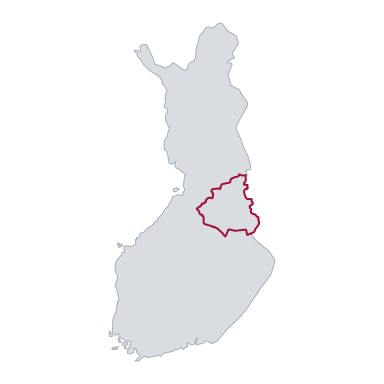 location of Kainuu within Finland
{"feature_id": "FIN-3179", "entity_name": "Kainuu", "entity_type": "Province", "adm_level": 1, "iso_a3": "FIN", "parent_name": "Finland", "parent_adm1": "", "projection": "albers", "projection_center": [28.501, 64.601], "detail": "fine", "context": "in_parent", "style": "outline", "palette": "rose", "viewbox_px": 384, "rotation_deg": 0, "n_neighbors": 0, "source": "natural_earth", "source_scale": "10m", "svg_char_len": 6566}
<svg xmlns="http://www.w3.org/2000/svg" viewBox="0 0 384 384"><path d="M169.1,163.1L168.1,156.9L166.6,151.4L164.6,149.9L164.1,147.7L164.0,143.5L164.6,140.1L167.1,137.1L167.8,132.8L169.3,129.4L168.8,127.1L165.8,120.5L165.5,118.5L165.6,115.0L167.7,112.0L167.4,108.8L164.0,107.3L164.3,105.3L165.5,102.2L165.2,99.4L165.7,93.5L167.6,91.0L165.7,88.7L164.0,84.8L162.4,84.5L161.7,80.3L159.0,76.4L149.0,70.3L143.1,64.0L140.2,59.0L137.3,56.1L137.3,53.6L134.3,51.3L135.1,50.3L137.6,50.6L139.6,51.8L140.5,50.6L140.0,47.0L140.3,46.1L142.9,44.4L146.7,44.8L153.7,59.6L154.6,64.2L162.5,66.5L163.3,67.6L165.5,67.6L170.4,65.8L172.4,62.8L174.1,63.2L185.1,70.8L187.0,69.3L188.3,65.2L189.3,63.4L190.7,62.1L193.3,61.4L195.6,58.0L196.2,48.3L197.3,45.6L199.6,36.1L203.2,31.9L205.9,27.6L208.4,27.1L212.8,28.1L218.3,23.6L221.7,23.0L227.7,31.0L236.2,36.0L238.5,42.6L237.4,45.3L232.8,52.5L232.7,54.5L234.3,57.7L227.6,61.6L228.1,62.7L231.6,63.2L232.1,64.6L228.4,73.9L228.3,75.5L231.0,85.5L239.3,89.7L241.6,94.1L247.6,102.7L247.1,106.7L238.4,121.9L236.4,126.1L236.1,128.8L241.5,140.8L244.4,149.3L247.7,155.4L250.5,165.5L250.7,169.0L245.5,171.0L246.9,172.9L245.7,176.1L245.6,180.7L244.2,183.6L244.5,184.5L247.1,185.1L247.3,187.1L247.1,188.3L244.5,190.6L244.3,193.0L245.8,197.1L247.0,198.5L251.1,199.7L251.7,200.8L251.9,203.7L250.0,206.6L250.1,207.8L252.0,213.0L257.6,217.2L258.3,220.4L258.3,222.5L258.0,224.4L253.9,231.8L250.8,234.2L257.3,241.7L269.1,251.2L274.5,259.4L274.9,261.7L271.6,272.5L270.2,275.5L261.0,287.7L247.7,307.4L240.8,316.2L227.2,329.3L217.1,341.3L211.5,343.6L207.3,340.9L205.2,341.5L203.1,343.2L196.1,345.0L196.0,343.0L197.5,337.8L196.9,337.9L195.7,340.3L194.9,343.1L193.6,344.5L190.7,345.0L188.0,342.6L186.7,342.6L187.9,346.0L187.8,347.0L186.3,346.8L183.1,349.3L182.4,349.3L181.5,347.1L178.1,349.3L174.9,349.6L173.0,351.3L163.5,353.4L160.8,356.4L159.1,355.5L148.5,357.4L144.3,356.3L139.1,360.7L135.4,361.0L139.6,356.4L139.9,354.8L138.0,353.8L136.7,352.0L135.7,348.1L135.0,347.9L133.3,352.4L130.7,353.8L127.7,353.5L127.5,351.4L128.2,349.6L127.7,349.2L128.3,347.7L129.9,347.8L130.4,347.0L130.5,346.1L129.3,345.2L130.8,342.0L125.5,340.8L119.2,336.6L118.7,333.6L115.3,335.4L112.6,332.9L112.4,331.5L112.8,320.4L113.4,317.4L115.5,313.9L116.4,310.3L117.1,303.5L118.0,303.6L117.2,301.3L118.7,300.9L119.0,300.1L116.7,289.0L115.0,286.3L117.4,278.7L117.5,276.9L117.4,274.7L115.2,272.0L115.1,265.0L116.2,261.2L121.7,254.7L122.3,252.0L125.0,252.1L124.0,249.5L124.0,246.4L127.9,245.7L129.3,246.8L132.7,246.0L135.9,244.1L135.2,239.7L136.8,239.7L136.4,238.7L136.6,237.6L137.7,238.2L139.9,235.4L140.2,233.2L143.6,232.3L147.8,228.0L151.5,225.8L155.4,221.5L157.0,221.4L158.0,218.4L162.3,214.0L164.0,210.4L168.0,206.3L172.0,199.1L172.6,197.0L178.2,194.6L183.1,195.6L183.0,193.7L182.4,192.5L184.5,190.7L184.2,187.7L183.1,186.1L184.9,175.0L183.6,172.7L178.2,168.6L176.0,168.1L174.9,165.1L175.7,161.7L172.5,164.2L169.1,163.1ZM123.1,342.1L126.9,342.4L127.7,344.3L125.9,345.2L125.7,346.6L126.4,348.8L124.7,348.6L123.8,346.1L122.1,344.3L123.1,342.1ZM177.1,190.9L174.9,191.9L173.2,191.1L173.3,189.0L176.4,187.7L179.3,189.4L177.7,189.8L177.1,190.9ZM119.6,243.5L119.3,245.3L121.5,244.2L122.3,244.8L122.0,246.4L121.3,246.0L119.4,247.7L118.0,245.9L117.3,243.2L119.6,243.5ZM112.6,335.1L112.2,336.6L110.0,336.5L109.2,334.8L109.1,332.2L110.1,331.2L110.4,332.6L112.6,335.1ZM120.9,342.5L119.7,342.5L118.2,340.7L118.0,340.0L118.7,339.7L118.6,337.8L119.8,338.9L120.4,340.2L119.7,340.4L120.9,342.5ZM117.6,348.7L115.8,349.7L115.2,349.3L115.5,347.4L116.6,346.6L118.3,346.7L117.6,348.7ZM114.0,349.4L112.5,349.6L111.7,348.5L113.3,347.2L114.3,347.4L114.5,348.4L114.0,349.4Z" fill="#d9dde1" stroke="#a8b0b8" stroke-width="1"/><path d="M245.8,175.3L245.7,175.5L245.6,176.7L245.8,179.7L245.7,180.9L244.3,182.9L243.8,184.1L244.5,184.8L246.4,184.7L247.4,185.0L247.5,186.3L247.4,186.6L247.2,186.8L247.1,187.1L247.1,187.4L247.3,187.7L247.5,187.7L247.7,187.8L247.6,188.3L247.3,188.8L245.1,189.3L244.6,189.9L244.2,190.8L244.1,192.3L244.8,195.1L245.7,197.3L246.9,198.8L248.3,199.1L251.0,199.0L251.5,199.3L251.8,199.6L251.8,199.8L251.7,200.0L251.7,200.4L251.7,200.8L251.6,201.0L251.8,201.5L252.0,201.8L252.6,202.4L252.8,203.1L252.8,203.7L252.5,204.3L252.1,204.7L249.7,206.0L249.6,206.3L249.8,206.5L249.8,207.1L249.9,207.4L250.0,207.7L250.0,207.8L250.0,208.0L250.1,208.4L250.8,208.8L251.3,209.5L251.2,210.3L250.9,211.1L250.8,212.0L251.1,212.6L251.7,213.2L252.8,213.8L255.1,214.5L255.8,215.1L256.2,215.7L256.6,216.3L257.0,216.7L257.8,216.9L258.3,217.2L258.6,217.7L258.5,218.4L258.3,219.1L258.3,219.6L258.5,220.2L258.8,220.8L259.2,222.2L259.1,223.3L258.8,224.3L258.2,225.4L255.6,228.6L254.7,230.9L253.8,232.2L251.6,233.2L250.9,233.8L250.8,233.7L250.6,233.6L249.8,233.7L247.7,234.9L247.4,234.9L247.1,234.6L247.0,234.3L246.2,230.1L245.9,229.8L245.7,229.6L235.1,230.8L229.7,229.5L229.0,229.5L228.2,229.9L228.2,230.0L228.1,230.5L228.0,230.8L227.8,231.4L226.6,233.8L226.4,234.4L226.1,235.1L225.8,235.7L225.5,236.1L225.1,236.3L224.9,236.0L224.6,235.6L223.5,234.8L222.5,233.0L222.0,232.6L221.4,232.3L217.6,228.6L216.1,228.0L214.7,227.0L214.3,226.9L213.9,226.9L214.0,227.0L213.8,227.2L213.4,227.3L213.2,227.3L213.1,227.2L212.7,226.6L212.4,226.3L204.8,224.1L203.9,223.3L203.7,222.6L203.6,221.2L203.6,217.0L203.4,216.4L202.9,216.3L202.6,216.1L202.4,216.0L202.3,215.8L202.4,214.9L202.3,214.6L202.0,214.6L201.0,214.6L200.5,214.5L200.2,214.2L199.5,213.5L199.4,213.3L199.4,212.6L199.3,211.9L198.6,210.7L197.2,209.3L196.9,208.9L197.2,208.7L197.3,208.5L197.4,208.2L197.3,208.3L197.3,208.2L197.7,208.0L197.9,207.9L199.0,206.8L199.4,206.6L200.5,206.4L200.6,206.2L200.7,205.9L200.8,205.8L201.1,205.4L201.2,204.9L201.4,204.7L201.8,204.7L202.1,204.3L202.2,204.1L202.1,203.8L202.1,203.5L203.9,203.4L204.5,203.2L205.4,202.1L205.6,201.9L205.9,201.6L205.9,201.4L206.0,200.9L205.8,200.8L205.7,200.8L206.0,200.1L206.3,199.6L207.2,198.7L209.0,197.7L209.9,197.7L211.6,198.2L212.1,198.2L212.5,198.0L212.7,197.6L212.5,197.4L212.9,197.1L212.9,196.8L212.9,196.4L212.8,196.1L212.9,195.3L213.1,194.8L213.1,194.6L213.2,194.3L212.9,194.0L212.8,193.9L213.0,193.6L212.8,193.2L212.2,192.2L211.5,191.4L211.5,190.3L211.9,189.6L212.7,189.1L218.3,188.5L219.6,189.0L220.0,189.0L220.3,188.5L220.5,187.8L220.6,187.0L220.8,186.2L221.4,185.0L222.0,184.3L222.7,184.0L229.4,182.6L230.3,182.2L230.2,181.6L229.7,181.4L229.8,181.4L230.0,181.2L230.3,180.7L230.8,179.9L230.9,179.6L230.8,179.3L230.8,179.2L231.2,178.8L234.9,177.1L237.2,176.8L238.4,176.2L239.0,174.6L239.5,174.5L240.5,174.8L241.5,175.3L242.4,175.5L245.8,175.3L245.8,175.3Z" fill="none" stroke="#9f1239" stroke-width="2"/></svg>